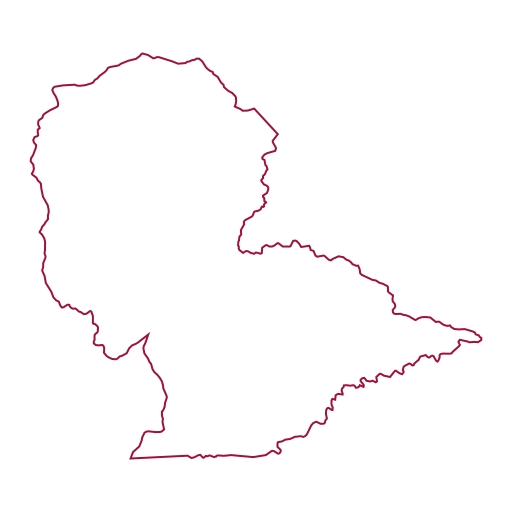 Santiago, Putumayo, Colombia (orthographic projection)
{"feature_id": "7082276B6069538576370", "entity_name": "Santiago", "entity_type": "district", "adm_level": 2, "iso_a3": "COL", "parent_name": "Colombia", "parent_adm1": "Putumayo", "projection": "orthographic", "projection_center": [-76.991, 1.09], "detail": "fine", "context": "isolated", "style": "outline", "palette": "rose", "viewbox_px": 512, "rotation_deg": 0, "n_neighbors": 0, "source": "geoboundaries", "source_scale": "gbopen_adm2", "svg_char_len": 5956}
<svg xmlns="http://www.w3.org/2000/svg" viewBox="0 0 512 512"><path d="M53.0,88.3L52.3,90.0L53.5,92.9L55.8,96.5L57.2,99.9L58.1,103.1L58.0,105.8L56.9,106.9L49.6,110.5L44.7,113.6L43.2,115.1L42.3,117.9L38.8,120.3L38.3,121.5L38.1,124.4L39.6,127.7L39.6,128.3L37.8,129.5L37.7,131.9L38.2,135.2L37.6,136.0L34.5,137.2L33.2,140.2L34.0,142.6L36.2,145.1L35.8,147.9L33.1,155.0L31.0,158.4L30.8,159.8L30.7,161.4L33.3,164.6L33.9,168.9L33.2,171.4L31.9,173.6L32.2,174.5L36.3,177.6L38.1,180.8L39.7,182.1L40.9,183.7L41.3,188.5L43.0,196.8L47.7,205.2L48.6,209.3L48.7,212.4L47.9,215.8L48.0,219.2L45.4,222.4L44.6,224.0L42.2,226.7L41.2,229.4L39.7,231.7L39.7,232.4L42.0,234.5L44.2,238.2L45.1,241.7L45.0,250.0L44.5,253.3L45.5,256.1L45.4,257.8L43.2,263.2L43.2,266.7L42.2,270.5L44.6,276.1L45.8,282.9L51.4,291.9L53.4,297.3L56.2,300.4L58.8,301.6L60.3,305.5L61.6,307.3L62.1,307.6L63.8,307.1L67.3,304.8L68.8,304.7L69.4,304.9L69.8,306.4L71.5,308.1L73.1,308.7L75.2,308.5L76.3,309.1L79.0,311.6L80.6,312.0L84.0,314.2L86.5,313.7L90.0,311.1L90.7,311.1L91.3,311.6L92.9,316.0L92.9,323.2L93.3,323.7L94.9,324.0L96.5,325.3L97.5,326.3L98.0,327.7L97.8,331.2L97.3,332.4L95.0,334.3L94.5,335.8L94.6,339.6L93.8,341.8L93.8,343.4L95.8,345.0L98.2,345.4L102.3,345.0L103.3,345.6L104.2,347.8L104.0,352.8L106.7,356.1L109.5,357.8L112.3,359.0L115.8,359.3L117.8,358.4L119.4,356.6L122.2,355.7L126.7,353.2L129.1,348.4L132.1,345.4L135.9,343.8L138.1,342.4L148.2,334.6L145.4,342.9L143.7,346.3L143.4,348.3L144.4,353.4L148.0,358.5L149.4,361.8L151.1,363.9L152.5,369.1L154.1,371.8L157.6,375.1L159.7,377.7L161.9,381.4L163.0,385.3L163.3,388.3L166.6,395.9L166.8,397.7L165.1,402.8L164.6,407.0L163.0,410.6L162.0,411.5L161.9,412.7L162.0,415.7L162.9,418.8L162.5,422.0L164.1,429.4L161.7,431.5L159.9,432.0L155.6,432.1L148.5,431.3L146.1,431.7L144.5,432.8L142.2,437.5L141.7,440.5L139.3,446.4L133.0,452.1L130.6,458.5L187.6,455.7L191.4,458.0L194.3,457.3L197.9,455.4L200.2,454.8L203.2,457.8L204.5,457.2L205.7,455.9L207.5,456.3L208.8,455.6L210.0,455.5L213.8,457.0L215.9,456.7L216.3,456.0L217.7,455.4L223.8,455.8L231.2,455.1L253.3,457.1L265.8,455.1L272.0,450.8L273.7,451.0L278.1,453.7L279.5,453.3L280.7,451.5L280.7,450.0L277.5,446.9L277.5,443.2L278.1,442.1L281.7,441.5L285.5,439.6L290.0,439.0L295.0,436.8L300.7,436.2L303.4,436.9L305.3,436.0L306.8,434.5L311.3,425.3L313.2,423.1L316.3,421.7L320.6,423.8L323.7,423.7L324.7,423.0L325.4,420.4L326.9,418.6L325.9,413.7L326.3,409.6L327.5,408.1L328.6,407.9L331.6,409.9L332.5,410.0L332.7,407.4L331.5,404.6L331.5,400.4L332.4,398.9L335.2,399.7L335.6,395.5L336.5,394.6L338.2,393.9L342.6,394.5L342.6,393.4L341.6,390.6L342.1,388.5L343.5,387.1L343.9,385.4L346.6,385.2L350.1,385.7L353.3,385.2L354.5,385.7L356.0,387.8L358.0,387.4L359.2,386.4L359.8,385.2L363.5,386.9L363.8,385.7L363.5,384.6L360.6,381.1L360.6,379.9L362.3,378.2L364.4,377.9L366.6,380.8L370.3,381.5L372.5,380.7L375.8,382.3L377.0,381.3L376.3,377.0L379.7,373.8L381.0,373.9L383.7,375.6L390.0,377.0L395.0,370.8L395.9,370.7L399.4,373.2L402.1,374.2L403.4,372.7L403.6,371.4L402.8,370.2L403.5,367.1L404.2,366.2L409.2,363.5L410.8,364.0L411.7,365.1L412.6,365.5L413.8,365.0L414.3,363.5L418.8,359.7L419.8,357.2L420.8,356.4L425.8,355.1L427.4,356.8L428.2,357.4L429.4,357.5L431.6,355.8L432.5,355.7L433.6,356.2L436.0,360.6L437.5,361.6L438.4,360.5L439.6,357.5L439.6,355.2L440.4,354.2L442.5,353.6L450.2,353.7L451.7,353.2L452.8,351.7L458.8,346.4L459.9,345.0L458.4,341.8L459.8,339.8L467.6,341.5L469.3,342.3L474.6,341.9L478.0,342.2L481.3,340.0L481.3,337.9L479.6,336.8L478.8,335.4L475.6,334.3L474.9,332.5L472.6,331.4L464.8,329.1L458.6,329.4L454.3,329.0L451.1,327.0L450.0,325.4L447.7,325.9L446.3,325.7L443.3,324.7L439.3,321.8L438.2,321.6L435.9,322.0L430.3,317.5L425.6,317.0L421.8,317.2L418.9,318.1L415.7,320.0L414.8,319.8L408.9,316.3L405.8,315.2L403.2,314.8L400.4,313.8L396.0,314.0L394.1,313.7L393.0,312.4L392.7,310.0L394.6,307.8L395.2,306.7L395.2,305.5L394.8,304.0L392.7,301.2L392.5,299.1L393.0,295.4L388.9,292.5L388.0,291.3L387.9,286.9L387.5,286.2L382.7,283.7L379.6,282.9L375.9,280.5L372.2,279.8L361.6,274.8L360.2,273.3L359.7,269.4L358.1,265.6L356.0,265.8L353.8,264.6L352.7,264.4L350.7,262.0L348.9,260.6L346.2,259.6L343.4,257.2L338.6,256.3L332.8,258.9L330.9,260.4L328.7,259.7L324.4,255.8L323.3,255.6L317.3,256.7L315.5,255.6L313.5,250.9L310.6,249.9L310.1,247.5L309.2,245.8L301.2,247.0L299.1,243.6L296.6,241.1L295.5,240.6L293.2,240.8L290.5,246.2L290.0,246.5L282.7,246.5L278.4,243.2L277.5,243.2L274.1,245.7L272.1,246.5L269.4,246.5L267.0,245.2L265.9,245.1L262.2,247.7L261.8,253.1L260.6,253.7L256.6,252.6L255.7,252.6L254.0,253.8L253.3,253.6L250.5,252.8L248.5,251.5L246.6,251.0L245.2,251.5L243.1,252.9L239.4,250.0L238.7,248.4L238.8,246.5L238.1,245.6L238.3,241.9L239.0,240.4L239.4,236.8L241.2,234.5L240.9,230.1L244.2,224.2L243.8,222.4L244.3,221.0L245.4,220.0L251.8,216.6L252.7,215.6L254.0,212.2L254.6,211.5L258.1,210.8L260.5,209.5L261.8,206.7L263.5,206.9L264.1,206.3L263.8,205.6L264.3,204.0L266.1,202.5L265.8,201.9L264.4,201.2L264.2,198.0L263.1,197.0L263.0,195.6L266.8,193.1L267.7,191.2L268.4,188.2L267.9,186.8L266.6,185.6L263.9,184.4L261.3,180.9L261.3,180.1L263.1,178.1L262.9,176.6L263.2,175.7L264.9,174.3L266.4,170.5L267.5,169.5L266.5,166.0L265.4,165.0L264.5,160.0L262.4,158.8L262.3,157.2L264.6,154.5L267.4,153.1L275.1,150.9L276.0,148.7L275.8,147.6L272.8,142.2L272.7,140.8L277.8,134.2L254.2,108.6L247.7,110.6L242.5,110.7L240.5,109.1L234.8,106.5L235.7,104.1L236.2,101.1L235.9,97.3L235.3,96.3L232.4,93.1L228.3,90.9L224.0,87.1L223.5,84.8L220.9,82.4L217.7,76.9L213.3,74.0L212.7,72.0L210.1,70.9L207.6,69.0L205.9,67.2L202.2,61.3L199.1,58.7L196.6,58.6L194.5,59.9L192.1,60.2L189.1,61.5L187.2,61.8L185.4,63.1L178.1,63.7L172.3,61.4L159.1,57.2L156.9,57.1L154.4,58.2L153.3,58.3L148.0,55.0L142.4,53.5L141.2,54.3L139.7,56.1L135.9,58.9L128.5,60.7L121.2,63.6L118.4,65.5L110.1,67.0L107.9,68.0L106.7,70.0L104.7,72.1L99.6,75.8L97.5,78.3L94.8,80.0L93.1,82.5L91.5,83.3L85.2,85.2L79.7,85.8L77.1,85.6L74.6,84.7L62.9,85.4L54.4,86.8L53.0,88.3Z" fill="none" stroke="#9f1239" stroke-width="2"/></svg>